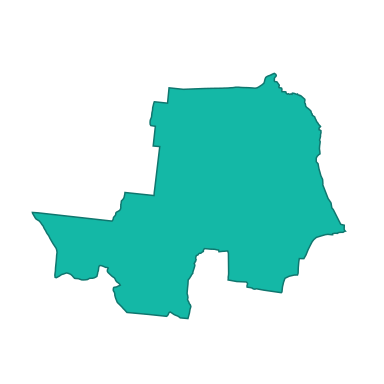 Treang, Takêv, Cambodia, rotated 186°
{"feature_id": "14789045B64200778269013", "entity_name": "Treang", "entity_type": "district", "adm_level": 2, "iso_a3": "KHM", "parent_name": "Cambodia", "parent_adm1": "Takêv", "projection": "mercator", "projection_center": [104.808, 10.878], "detail": "fine", "context": "isolated", "style": "filled", "palette": "teal", "viewbox_px": 384, "rotation_deg": 186, "n_neighbors": 0, "source": "geoboundaries", "source_scale": "gbopen_adm2", "svg_char_len": 5538}
<svg xmlns="http://www.w3.org/2000/svg" viewBox="0 0 384 384"><g transform="rotate(186 192 192)"><path d="M93.7,299.0L94.2,299.3L95.0,299.1L95.5,299.6L96.5,299.5L97.3,300.5L98.0,300.1L99.0,300.3L100.4,300.7L101.4,300.8L102.5,300.8L102.8,299.6L103.8,299.9L105.0,299.3L106.4,299.8L107.2,299.3L108.5,299.9L109.2,301.4L111.0,301.4L113.0,301.2L113.3,302.1L113.3,303.7L113.8,304.7L114.4,304.8L115.4,304.8L116.3,304.9L116.7,305.7L116.3,306.7L116.5,307.6L117.3,308.4L118.0,309.2L118.9,310.3L120.0,310.5L121.3,310.5L121.8,311.1L121.8,312.4L122.0,313.3L121.5,314.7L120.6,315.7L120.4,316.8L121.0,317.8L122.0,318.3L122.6,318.6L123.6,318.0L124.7,317.5L125.1,316.9L125.9,316.7L126.9,316.0L127.7,315.7L129.0,315.0L129.8,314.4L130.6,313.7L131.0,312.6L131.3,311.0L131.5,309.2L131.9,307.7L133.7,305.8L136.8,303.3L138.2,302.4L139.7,301.9L140.9,301.8L142.5,301.8L145.2,301.7L147.4,301.6L152.3,301.2L154.8,301.1L156.7,301.1L157.5,301.0L159.4,300.8L161.3,300.3L162.4,300.0L163.9,299.8L165.5,299.5L167.5,299.1L170.3,298.8L172.6,298.4L182.8,297.2L190.6,296.2L211.3,293.2L225.7,293.2L225.6,277.8L238.9,277.8L239.3,276.2L239.6,273.9L239.9,271.8L239.8,269.1L240.1,266.7L240.1,264.6L240.1,262.3L241.0,259.1L241.0,257.1L240.7,255.0L239.9,253.8L235.3,253.5L235.4,234.4L235.4,233.7L228.8,233.8L229.4,191.4L229.5,187.7L229.4,184.5L244.2,184.5L247.7,184.5L251.5,184.5L255.5,184.5L258.6,184.5L258.6,183.3L258.7,182.0L258.9,180.6L258.9,179.8L259.2,178.9L259.6,178.0L260.4,176.8L261.3,175.7L261.3,174.1L261.3,173.0L261.5,172.3L261.4,171.4L261.3,169.6L261.1,168.9L261.4,167.4L261.8,166.5L262.4,165.9L263.0,165.4L263.9,164.8L264.8,164.2L265.3,163.7L265.6,162.9L265.5,162.0L265.8,160.7L266.9,159.3L267.4,158.4L267.5,157.7L267.5,156.5L268.0,155.6L268.6,154.7L342.1,155.2L345.9,155.1L348.6,155.0L348.3,154.1L347.2,152.6L346.2,151.2L345.0,149.6L344.2,148.8L342.5,148.0L340.7,147.1L339.3,145.7L337.7,143.8L336.5,142.6L335.1,140.2L333.6,138.3L332.2,136.1L331.3,135.0L330.7,134.4L329.7,133.2L328.5,131.2L326.5,128.4L324.5,125.7L322.9,123.8L321.1,121.6L320.3,119.5L319.9,117.7L320.0,114.9L319.9,112.7L319.8,109.0L319.8,105.5L319.8,102.4L319.6,99.1L319.7,96.8L319.7,94.9L319.2,92.8L318.0,92.6L315.4,94.3L313.0,96.3L311.2,97.0L309.6,97.8L308.2,98.4L306.8,98.2L305.2,97.8L304.0,97.4L302.3,96.2L301.4,95.3L299.8,93.9L298.6,93.8L297.1,93.9L295.7,93.9L294.2,93.5L292.6,93.1L290.8,93.2L289.0,93.5L286.8,94.0L285.6,94.9L284.9,95.4L283.8,95.6L282.8,95.7L282.0,95.8L280.3,96.4L279.0,97.2L277.8,98.1L277.6,99.4L277.4,100.7L277.3,102.7L277.0,103.5L276.9,104.7L276.9,106.1L276.9,107.3L276.6,108.6L276.0,109.2L275.1,109.3L273.9,109.2L272.8,108.9L271.4,108.5L270.1,108.0L268.9,108.1L267.6,107.9L267.4,107.3L267.9,106.2L268.0,105.2L267.8,104.1L267.0,103.1L266.1,102.4L264.9,101.5L263.1,100.1L261.6,99.2L260.2,98.5L259.3,97.3L258.6,96.0L257.3,94.7L255.8,93.9L254.3,92.8L253.6,91.8L254.5,91.3L255.9,90.5L257.5,89.5L258.4,89.4L259.8,88.9L260.1,88.2L260.1,86.4L259.9,85.6L258.9,84.4L258.5,83.6L258.2,82.8L257.9,81.1L257.3,79.5L256.7,78.1L256.1,77.0L255.5,75.8L254.7,74.4L253.3,73.2L252.4,72.6L251.5,71.8L250.1,70.7L249.1,69.8L248.1,68.8L246.8,67.8L245.6,66.7L244.1,65.4L222.3,65.7L204.3,65.7L203.4,66.6L202.8,67.9L202.5,69.0L202.0,69.9L201.1,70.4L199.3,69.5L197.3,68.4L196.0,67.9L194.6,67.5L193.3,67.2L192.4,66.7L191.7,66.4L191.1,66.0L190.6,65.6L182.8,65.7L182.4,68.2L181.9,71.4L181.7,75.1L181.3,77.0L181.2,78.1L181.9,79.6L183.1,80.8L183.6,82.1L184.4,83.1L185.2,84.5L185.0,86.6L185.5,88.6L186.3,90.6L186.4,96.2L186.4,100.1L186.6,103.5L186.5,104.4L185.6,105.6L184.9,107.1L184.3,108.2L183.9,109.3L183.3,110.4L182.7,111.2L182.8,112.2L182.6,113.4L182.1,115.7L181.6,118.3L181.5,119.4L182.0,120.6L182.4,121.3L181.7,122.2L181.6,123.2L181.1,123.6L181.1,124.4L180.8,125.0L181.4,126.3L181.4,127.8L181.0,129.3L180.2,129.7L179.4,130.2L178.9,131.3L178.2,131.8L176.9,132.0L176.2,132.7L175.2,133.6L174.5,134.0L174.7,135.0L174.3,135.8L174.1,136.4L173.7,137.0L170.5,137.1L167.8,137.1L163.6,137.4L161.1,137.1L159.5,137.0L158.9,135.4L155.4,136.2L153.4,136.5L151.7,136.9L150.3,137.0L149.4,134.9L147.1,115.1L147.0,113.3L147.1,111.2L146.9,109.7L146.9,108.3L137.8,107.6L137.0,107.7L130.1,108.1L128.9,108.2L128.1,107.9L127.2,106.9L127.2,106.2L127.5,104.6L127.3,103.2L126.4,103.1L123.8,103.0L122.2,102.8L121.8,102.4L120.2,101.9L119.1,102.0L117.9,102.5L116.6,102.4L115.5,102.3L110.3,101.9L92.7,101.2L92.1,102.0L92.1,102.9L92.1,107.1L91.5,111.9L90.5,115.9L86.5,118.4L81.6,120.1L78.4,120.5L78.0,122.4L78.4,128.1L78.5,133.5L78.4,136.0L78.3,137.0L73.8,137.4L72.1,141.2L70.5,146.8L68.9,151.1L67.3,155.1L65.9,157.4L63.5,159.9L59.5,161.6L54.9,163.5L52.5,164.1L49.1,164.1L47.7,164.2L47.8,165.2L45.7,165.9L42.8,166.1L42.4,166.8L40.8,167.3L37.6,167.7L36.1,168.9L35.4,169.1L36.3,169.9L36.8,171.0L37.1,174.9L40.7,175.4L49.6,189.2L50.4,190.0L51.3,190.9L52.5,195.3L53.0,196.3L53.7,196.9L54.3,197.8L55.9,199.6L61.5,210.5L62.7,212.8L62.7,214.0L63.3,217.5L63.5,218.3L64.5,219.9L65.6,221.8L66.7,224.7L68.2,228.4L69.6,233.3L71.0,234.5L71.6,235.2L72.0,238.6L71.3,240.5L69.9,242.3L68.7,243.3L69.1,245.6L69.8,248.3L69.9,251.6L69.8,253.4L69.8,254.3L69.8,255.5L70.6,257.0L70.2,259.1L70.0,260.5L70.2,262.5L69.9,264.4L70.2,266.5L71.3,267.0L72.1,267.2L72.3,268.2L72.1,269.2L71.0,270.5L71.4,271.0L73.1,272.4L74.0,273.7L75.4,275.1L76.3,276.8L77.2,278.1L77.8,279.5L79.2,280.3L80.4,280.9L80.5,281.9L81.2,282.7L81.7,283.4L82.1,284.8L83.0,285.6L84.2,286.5L85.0,287.1L86.3,287.8L87.8,289.0L88.1,290.1L88.3,290.8L88.6,291.7L89.3,292.5L89.4,293.8L89.3,295.0L89.5,296.0L90.9,297.0L92.4,298.1L93.7,299.0Z" fill="#14b8a6" stroke="#0f766e" stroke-width="1.5"/></g></svg>